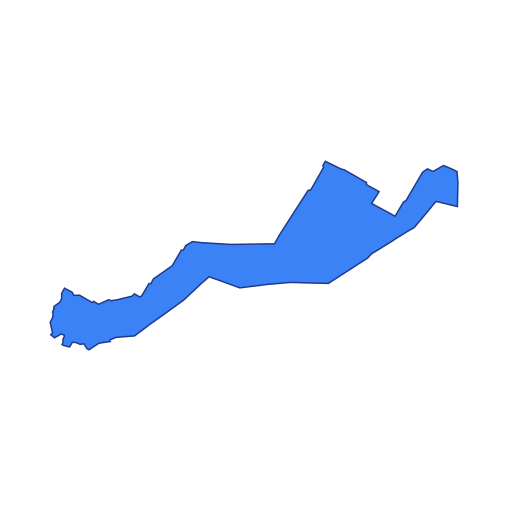 outline of Akdepe, Tashauz, Turkmenistan, rotated 210°
{"feature_id": "10190150B20893258254384", "entity_name": "Akdepe", "entity_type": "district", "adm_level": 2, "iso_a3": "TKM", "parent_name": "Turkmenistan", "parent_adm1": "Tashauz", "projection": "equal_earth", "projection_center": [58.748, 41.039], "detail": "fine", "context": "isolated", "style": "filled", "palette": "blue", "viewbox_px": 512, "rotation_deg": 210, "n_neighbors": 0, "source": "geoboundaries", "source_scale": "gbopen_adm2", "svg_char_len": 2269}
<svg xmlns="http://www.w3.org/2000/svg" viewBox="0 0 512 512"><g transform="rotate(210 256 256)"><path d="M157.3,314.6L157.2,315.3L145.6,336.8L143.5,341.1L136.0,355.1L133.7,358.8L133.3,359.4L130.1,377.1L127.7,391.9L127.5,392.0L127.2,393.4L108.2,398.9L106.3,399.5L117.7,420.3L124.2,429.7L132.5,429.0L138.8,428.1L145.0,417.7L151.1,417.2L153.6,412.0L153.8,379.2L155.2,376.6L155.3,376.2L155.4,360.0L171.4,359.6L182.2,359.3L181.7,368.9L181.6,373.3L195.8,373.0L196.1,373.0L197.0,374.8L222.3,374.8L224.9,374.2L225.4,373.9L243.3,372.7L243.3,368.7L243.3,367.7L242.1,366.7L241.8,366.5L241.6,340.6L243.5,339.0L243.7,338.8L246.2,286.6L246.2,286.2L246.1,275.8L255.2,270.4L271.4,260.7L282.9,253.8L290.7,249.9L307.9,241.3L310.3,240.1L317.8,236.9L318.2,236.7L322.1,229.9L322.0,228.6L321.9,224.5L322.9,224.1L323.6,223.8L323.7,206.4L323.7,205.7L325.5,201.8L329.5,193.2L333.2,185.2L333.4,184.7L333.2,179.9L333.2,179.5L333.3,179.5L334.9,178.6L335.0,168.2L335.0,164.5L335.5,163.6L336.0,162.4L336.6,162.4L340.4,162.4L342.4,162.4L343.0,160.2L343.3,159.2L351.7,151.2L354.1,148.9L356.8,146.7L358.7,145.2L359.0,144.9L360.7,144.6L361.8,144.4L368.0,135.7L369.1,135.5L374.0,135.5L374.0,135.4L374.6,133.8L378.3,133.8L382.1,133.8L387.1,133.8L388.9,133.8L389.2,133.8L392.2,132.0L394.2,130.8L394.3,130.9L397.0,132.7L405.7,132.4L405.7,128.5L405.6,126.3L404.5,124.5L403.0,122.0L403.0,121.8L402.8,117.8L402.8,117.7L403.5,116.2L404.7,113.6L405.6,111.9L405.5,111.4L405.4,110.2L404.6,109.1L404.3,108.8L404.3,107.9L404.3,106.8L404.2,105.7L402.8,104.3L401.4,101.2L401.1,95.7L393.8,87.7L394.3,85.1L394.1,85.1L392.6,84.9L389.4,84.5L388.8,85.9L388.3,86.8L388.0,87.2L387.0,88.6L386.8,89.3L386.1,91.0L382.4,91.5L381.7,90.2L381.7,89.7L381.5,87.8L381.4,87.0L381.4,86.9L380.7,86.1L380.1,85.3L380.0,85.2L379.7,82.3L379.1,82.3L378.1,82.3L371.9,84.0L371.9,85.8L371.9,89.3L371.6,89.5L368.9,91.0L367.3,91.2L364.2,91.5L361.1,93.9L356.1,91.2L353.7,91.3L353.6,91.5L353.1,92.5L352.7,93.3L350.6,97.6L348.7,101.4L348.4,101.9L344.5,105.1L339.9,108.7L340.3,108.7L340.4,110.5L336.6,115.5L321.2,126.1L313.8,143.6L305.9,160.8L296.5,181.9L289.6,204.9L286.2,214.6L269.6,217.6L254.1,220.3L231.8,237.2L213.2,250.2L189.6,263.0L182.7,266.8L179.6,268.5L158.2,310.3L157.3,314.6Z" fill="#3b82f6" stroke="#1e3a8a" stroke-width="1.5"/></g></svg>